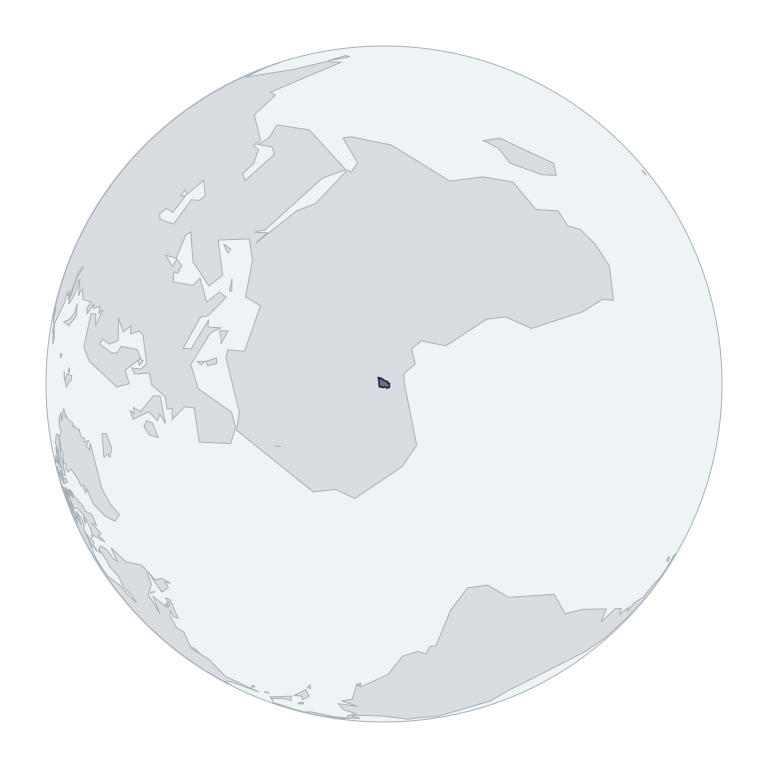 Borgou highlighted on a globe, orthographic projection, rotated 268°
{"feature_id": "BEN-2169", "entity_name": "Borgou", "entity_type": "Department", "adm_level": 1, "iso_a3": "BEN", "parent_name": "Benin", "parent_adm1": "", "projection": "orthographic", "projection_center": [2.675, 9.701], "detail": "fine", "context": "on_globe", "style": "filled", "palette": "slate", "viewbox_px": 768, "rotation_deg": 268, "n_neighbors": 0, "source": "natural_earth", "source_scale": "10m", "svg_char_len": 10107}
<svg xmlns="http://www.w3.org/2000/svg" viewBox="0 0 768 768"><g transform="rotate(268 384 384)"><circle cx="384" cy="384" r="338" fill="#eef3f6" stroke="#a8b0b8"/><path d="M270.9,65.6L263.1,68.5L269.0,66.4L259.4,70.7L262.6,70.2L255.1,73.4L264.2,70.4L270.4,67.7L276.4,65.8L278.9,65.6L269.8,69.2L267.2,69.9L265.8,70.9L260.2,73.0L264.4,71.8L253.0,76.9L267.8,71.9L261.8,75.9L253.3,79.4L249.6,79.0L220.8,89.6L211.1,94.9L201.1,101.7L191.6,113.5L182.8,120.1L174.1,129.0L181.0,124.8L190.2,116.6L200.9,112.0L211.0,103.6L216.9,100.9L229.1,93.3L232.0,94.8L228.3,100.9L218.3,107.7L216.4,111.0L229.8,105.5L215.0,120.4L211.8,134.9L207.5,139.3L191.9,144.6L182.1,141.0L162.0,152.0L179.8,145.8L168.6,158.7L168.8,161.7L172.2,162.1L178.3,157.9L175.5,163.0L156.8,170.0L159.1,165.4L165.0,162.9L160.3,161.8L147.6,168.4L143.0,175.4L128.8,181.1L125.2,186.6L120.2,191.5L126.7,182.1L114.7,199.6L97.3,215.3L80.5,248.4L91.7,220.9L92.6,216.2L92.1,214.7L89.1,219.9L91.6,214.6L104.2,194.5L118.3,175.2L133.6,157.1L150.2,140.0L168.0,124.1L186.8,109.6L206.6,96.4L227.3,84.6L248.8,74.3L270.9,65.6ZM66.9,267.4L68.9,261.9L69.7,261.9L59.1,291.3L58.8,300.0L53.0,323.3L51.6,336.9L53.9,336.0L55.5,344.2L60.1,332.0L66.1,327.2L62.6,346.6L68.8,330.5L70.1,341.3L84.2,346.1L82.2,350.1L93.5,377.8L111.4,393.0L115.5,408.4L112.8,416.7L120.3,421.0L120.5,426.8L155.3,442.5L177.3,460.4L179.4,480.5L166.5,500.9L167.8,546.7L148.1,557.1L151.8,574.9L151.5,598.1L138.5,592.7L151.3,607.1L151.4,613.3L145.4,611.6L152.2,620.5L148.1,619.0L156.4,626.3L161.7,635.4L173.9,645.9L180.8,653.1L189.0,659.1L187.3,658.2L188.5,659.4L192.6,662.3L183.3,655.9L175.1,649.6L165.5,641.8L159.4,636.2L156.8,634.1L142.5,619.1L144.1,621.4L122.4,596.0L109.6,575.7L80.1,512.4L73.8,498.3L63.4,479.0L49.9,425.6L49.4,406.9L48.2,396.5L52.2,371.7L53.9,344.8L53.2,339.9L50.9,348.5L51.3,328.2L55.1,307.2L56.6,300.5L66.9,267.4ZM75.3,259.4L75.3,280.7L70.6,279.8L72.3,277.3L73.3,269.3L73.6,260.9L70.7,262.0L75.3,259.4ZM85.9,243.4L85.5,241.2L86.6,242.0L85.9,243.4ZM226.6,93.1L227.7,93.2L224.9,94.5L226.6,93.1ZM230.8,89.9L226.6,91.4L228.0,90.2L230.5,89.3L230.8,89.9ZM235.6,88.5L230.9,87.9L233.4,85.8L245.2,80.9L235.6,88.5ZM271.3,67.1L264.8,69.9L267.9,67.9L271.3,67.1ZM282.8,61.6L281.2,62.2L290.5,59.3L294.2,58.2L298.2,57.3L292.6,59.1L284.6,61.5L292.5,59.4L271.8,66.4L272.8,64.9L282.8,61.6ZM279.1,64.9L278.3,64.6L287.7,61.4L290.9,61.4L286.9,62.4L279.1,64.9ZM311.3,54.0L299.3,57.0L296.8,57.5L311.3,54.0ZM286.0,63.0L292.3,61.7L290.2,63.2L280.5,65.0L286.0,63.0ZM288.8,60.6L293.4,59.3L291.9,60.0L288.8,60.6ZM286.1,69.0L285.0,68.0L289.7,66.1L286.1,69.0ZM294.9,61.1L295.6,60.6L297.3,59.9L301.0,59.5L294.9,61.1ZM304.3,56.0L305.2,56.0L309.6,54.6L314.3,53.9L305.3,56.3L311.1,55.0L312.6,54.8L303.6,57.0L304.3,56.0ZM309.9,57.2L300.1,60.9L301.1,62.7L296.9,64.3L296.0,61.2L309.9,57.2ZM307.0,56.8L307.8,57.3L302.1,58.6L298.0,59.2L307.0,56.8ZM320.7,52.7L315.9,53.2L318.0,52.7L320.7,52.7ZM311.4,57.3L313.7,56.5L312.1,57.3L311.4,57.3ZM319.1,53.7L317.1,53.7L319.6,53.2L319.1,53.7ZM320.0,55.0L316.9,56.1L314.0,56.3L320.0,55.0ZM320.5,54.1L324.4,53.4L314.8,55.8L319.2,54.2L320.5,54.1ZM321.8,53.1L322.6,52.8L322.2,53.2L321.8,53.1ZM332.8,54.0L321.5,56.9L315.1,57.2L327.0,54.2L332.8,54.0ZM186.0,657.8L193.6,663.1L189.7,659.8L203.3,668.3L203.7,669.4L186.3,658.0L186.0,657.8ZM196.6,661.4L198.0,660.4L201.2,662.3L201.0,663.5L196.6,661.4ZM707.7,286.9L708.7,290.5L704.9,278.3L695.5,256.3L696.9,267.2L701.5,304.5L708.1,336.5L707.1,352.6L690.9,310.2L679.7,280.9L676.3,285.4L657.6,263.8L632.5,269.0L626.7,262.0L622.5,266.8L608.9,261.4L599.2,250.0L592.1,252.3L617.4,282.5L624.8,280.3L627.9,266.1L633.8,277.6L646.6,286.1L640.4,318.4L599.5,353.2L591.9,329.6L541.8,270.0L541.3,262.7L540.9,261.9L540.1,260.5L539.3,272.6L529.4,261.1L560.1,302.9L566.8,322.0L599.0,354.7L596.9,358.9L606.1,365.3L631.3,351.6L632.2,359.7L622.6,399.6L584.5,456.8L587.5,490.4L581.3,519.8L553.0,542.1L551.0,563.8L535.8,573.1L531.8,585.4L517.0,599.5L494.0,613.4L459.7,616.3L461.1,605.5L449.3,585.2L434.4,533.4L446.8,508.1L445.2,488.9L420.0,447.1L425.8,422.6L418.2,412.7L402.9,415.9L393.7,404.2L384.1,404.3L321.7,414.5L300.7,399.0L270.6,351.0L280.4,331.7L278.6,309.6L343.0,235.0L360.7,238.5L416.0,226.9L423.6,229.1L421.5,245.7L466.5,263.3L475.8,248.6L512.2,256.9L533.7,254.4L533.6,223.3L498.4,226.5L488.0,212.6L512.7,197.4L542.8,196.3L539.7,191.0L517.0,180.7L520.2,170.4L508.8,176.6L516.2,181.5L509.2,185.9L502.0,181.9L503.4,178.1L493.3,176.6L489.2,196.6L496.2,203.8L472.0,209.6L481.5,222.5L476.2,229.4L458.2,210.4L457.2,203.0L426.8,184.5L425.8,192.5L454.3,211.0L447.1,209.9L445.8,222.6L441.0,212.2L410.2,191.6L385.8,198.1L361.2,230.6L345.7,234.1L329.8,228.8L332.4,197.4L366.8,193.4L368.2,183.8L355.8,171.1L367.3,171.5L366.5,166.3L378.9,164.9L391.2,151.8L403.1,149.8L402.8,135.1L408.8,132.5L407.3,141.6L412.5,147.6L441.4,144.8L445.5,141.3L443.0,132.4L451.2,133.4L445.1,125.2L459.2,120.9L436.8,119.9L433.3,111.0L438.9,104.0L433.8,101.3L424.5,113.0L424.4,118.2L430.8,122.6L427.1,138.4L418.2,141.8L406.9,125.8L393.2,129.4L390.4,116.7L417.1,90.2L430.9,85.3L464.4,93.5L464.2,98.5L452.0,97.7L468.0,105.7L464.5,101.5L471.3,102.9L469.6,96.2L474.4,96.9L464.6,89.7L470.3,89.9L476.4,94.5L478.8,86.2L489.2,86.0L487.4,83.9L482.6,81.7L499.0,83.7L497.0,82.1L490.8,80.8L482.8,77.1L474.9,71.8L481.0,72.7L484.7,74.7L501.6,81.1L510.4,87.3L512.1,87.3L505.9,82.2L485.3,74.3L478.9,71.0L488.8,73.9L484.7,72.6L483.4,71.3L487.8,71.1L477.0,67.8L454.5,56.1L460.9,55.9L472.2,59.1L463.0,55.4L463.7,55.6L487.9,62.5L511.5,71.1L534.4,81.4L556.5,93.4L577.6,107.0L597.6,122.2L616.5,138.8L634.1,156.7L650.3,175.9L665.0,196.3L678.2,217.7L689.7,240.0L699.6,263.1L707.7,286.9ZM325.8,272.2L325.2,278.8L325.8,272.2ZM578.3,211.9L593.9,211.0L580.4,193.6L585.3,192.1L578.9,187.1L579.4,192.4L562.8,178.9L567.2,173.0L562.0,165.8L556.5,165.9L551.1,179.2L574.8,198.0L574.0,205.9L578.3,211.9ZM84.7,346.0L86.0,350.4L83.4,349.7L84.7,346.0ZM67.5,287.1L68.7,288.6L68.5,292.2L67.1,292.3L67.5,287.1ZM83.3,296.9L85.9,299.8L82.2,300.0L83.3,296.9ZM75.9,283.6L81.2,295.3L74.3,298.2L71.3,291.2L74.8,291.3L75.9,283.6ZM80.4,253.5L80.6,255.5L78.9,258.7L80.4,253.5ZM86.7,244.0L86.2,244.1L87.2,241.0L86.7,244.0ZM169.8,158.3L171.1,157.9L173.5,159.4L170.2,160.9L169.8,158.3ZM197.4,155.3L192.3,163.8L193.6,158.3L188.0,161.4L183.8,154.7L205.1,141.3L196.2,148.2L197.4,155.3ZM184.1,143.4L184.4,148.3L183.2,143.5L184.1,143.4ZM349.6,142.7L355.6,145.3L353.3,151.2L338.3,156.5L341.4,147.7L349.6,142.7ZM364.5,147.9L357.5,132.1L366.6,129.1L362.7,133.2L369.4,132.8L364.9,139.6L380.5,153.4L379.5,159.7L352.2,164.3L361.6,158.9L355.2,156.3L364.5,147.9ZM323.6,106.0L320.7,101.6L344.1,100.4L344.1,104.8L329.1,109.6L320.3,107.3L323.6,106.0ZM257.3,81.0L254.6,81.1L257.2,79.9L261.5,78.7L257.3,81.0ZM285.2,68.7L271.4,79.7L267.7,80.2L264.1,87.3L252.9,91.7L255.6,86.7L244.3,96.0L242.3,93.3L235.7,99.8L242.9,88.2L240.6,86.9L247.4,86.5L257.8,82.3L261.5,80.2L270.6,73.5L270.7,69.7L281.0,65.9L288.3,64.3L289.8,64.5L282.6,66.7L289.8,65.6L280.6,69.1L285.2,68.7ZM366.9,60.2L358.0,60.4L370.9,63.1L361.7,64.8L363.8,65.0L358.9,67.6L356.5,71.4L351.8,71.9L352.9,73.3L349.7,75.4L349.7,77.6L341.1,79.6L340.3,82.7L336.7,82.0L337.7,86.9L333.1,84.2L328.5,87.4L335.4,88.3L289.2,98.4L273.4,106.4L262.7,115.0L256.2,110.5L262.1,100.3L274.6,89.1L290.7,82.8L284.9,82.5L290.9,79.6L293.0,81.0L293.3,77.2L298.8,75.4L309.9,68.3L307.0,65.1L310.9,62.9L314.9,63.3L316.1,61.0L326.2,60.5L329.3,59.1L342.3,57.7L348.0,60.0L351.1,58.4L361.1,57.9L366.9,60.2ZM336.5,53.6L345.5,54.9L344.9,56.8L322.4,58.6L318.2,59.9L303.8,62.2L305.0,59.6L309.0,59.1L313.2,58.1L311.1,59.3L315.9,57.6L321.6,57.1L326.8,55.8L328.3,56.4L336.5,53.6ZM429.7,222.5L435.1,222.8L443.0,221.5L442.4,229.9L429.7,222.5ZM408.4,208.5L412.9,207.1L415.9,217.4L410.3,217.5L408.4,208.5ZM412.9,198.1L412.9,206.3L409.6,201.9L412.9,198.1ZM411.2,140.3L415.7,138.8L417.2,140.8L415.9,144.2L411.2,140.3ZM403.2,72.3L398.2,71.2L398.9,70.3L392.2,66.5L398.4,65.5L404.9,67.4L403.2,72.3ZM529.1,229.0L524.4,235.5L520.5,233.0L522.9,231.2L529.1,229.0ZM482.5,232.8L494.3,235.7L482.1,235.1L482.5,232.8ZM408.9,70.5L405.4,68.9L410.7,69.5L408.9,70.5ZM402.6,64.6L408.4,64.8L398.4,64.9L402.6,64.6ZM588.5,649.1L586.0,652.1L583.5,653.2L588.5,649.1ZM625.6,508.4L598.5,561.3L586.4,563.4L587.7,549.2L600.2,517.8L615.4,506.9L623.8,491.8L625.6,508.4ZM709.0,339.3L713.5,357.2L712.3,361.5L709.0,339.3ZM457.2,66.1L459.6,72.0L465.5,77.0L475.2,80.4L462.5,78.8L453.4,71.0L457.2,66.1ZM454.2,56.9L445.6,54.9L448.5,54.9L450.9,55.3L454.2,56.9ZM449.6,56.3L440.7,55.9L435.3,54.3L443.4,54.9L449.6,56.3ZM425.1,61.3L425.4,63.0L421.1,62.3L425.1,61.3Z" fill="#d9dde1" stroke="#a8b0b8" stroke-width="1"/><path d="M390.7,378.5L390.7,378.8L390.6,379.1L390.5,379.3L390.5,379.6L390.4,379.8L389.9,379.6L389.7,379.7L389.6,379.8L389.5,380.0L389.3,380.3L389.2,380.5L389.3,380.8L389.7,381.2L389.7,381.3L389.8,381.4L389.7,381.5L389.4,381.8L389.4,382.4L389.3,382.5L389.1,382.8L389.0,383.0L388.9,383.1L388.5,383.1L388.3,383.2L387.9,383.3L387.7,383.5L387.7,383.8L387.8,384.0L387.8,384.3L387.6,384.4L387.4,384.4L387.3,384.5L387.0,385.2L386.9,385.2L386.8,385.3L386.7,385.4L386.6,385.6L386.7,385.8L386.8,385.9L386.8,386.0L386.8,386.4L386.7,386.6L386.6,386.8L386.4,387.4L386.3,387.6L386.2,387.7L385.8,387.8L385.7,387.8L385.7,387.7L385.3,387.7L385.2,387.7L385.1,387.8L384.6,387.8L384.6,388.0L384.6,388.3L384.5,388.5L384.4,388.6L384.5,388.7L384.5,388.8L384.4,389.0L384.5,389.2L384.4,389.3L384.3,389.5L381.2,389.4L381.3,389.2L381.2,389.2L380.6,389.0L380.4,388.9L380.3,388.7L380.2,388.6L380.2,388.2L380.3,387.9L380.4,387.7L380.1,387.4L380.0,387.2L379.9,387.2L379.9,386.8L379.9,386.5L379.9,386.3L380.0,386.1L380.4,386.0L380.6,386.0L380.7,385.9L380.8,385.9L381.0,384.3L381.0,384.2L380.9,384.0L380.7,383.9L380.7,383.7L380.5,383.4L380.5,383.2L380.6,382.9L380.6,382.7L380.6,382.3L380.6,382.2L380.6,381.9L380.7,381.7L380.8,381.7L381.2,381.7L381.3,381.7L381.5,381.6L381.6,381.4L381.7,381.2L381.6,380.8L381.5,380.6L381.4,380.2L381.2,380.0L381.2,379.9L381.2,379.7L381.3,379.5L381.4,379.3L381.6,379.2L381.8,379.2L382.2,379.1L382.4,379.1L382.7,379.0L383.7,379.1L384.6,379.0L384.9,379.0L385.7,379.2L387.1,379.0L388.5,378.8L390.7,378.5L390.7,378.5Z" fill="#64748b" stroke="#1e293b" stroke-width="1.5"/></g></svg>